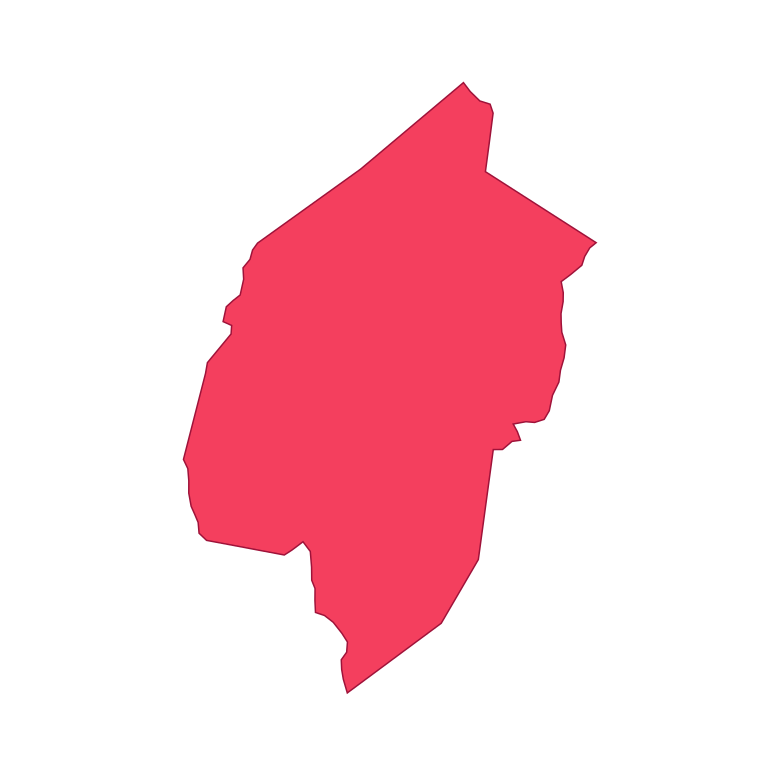 the district of Parari, Paraíba, Brazil, rotated 100°
{"feature_id": "56859067B42878136321644", "entity_name": "Parari", "entity_type": "district", "adm_level": 2, "iso_a3": "BRA", "parent_name": "Brazil", "parent_adm1": "Paraíba", "projection": "orthographic", "projection_center": [-36.658, -7.327], "detail": "fine", "context": "isolated", "style": "filled", "palette": "rose", "viewbox_px": 768, "rotation_deg": 100, "n_neighbors": 0, "source": "geoboundaries", "source_scale": "gbopen_adm2", "svg_char_len": 1090}
<svg xmlns="http://www.w3.org/2000/svg" viewBox="0 0 768 768"><g transform="rotate(100 384 384)"><path d="M694.6,366.5L609.7,286.1L540.5,260.6L429.6,265.0L427.9,255.9L418.3,248.0L415.7,239.8L407.8,244.4L401.0,249.8L396.5,237.7L395.7,229.0L391.0,220.1L381.7,216.6L365.9,216.1L351.7,212.1L339.8,212.6L327.0,211.2L314.0,211.8L302.1,217.9L293.1,220.1L283.9,221.9L271.8,221.9L263.0,223.3L252.4,227.3L243.9,219.3L232.7,209.8L223.5,208.5L214.2,205.0L208.0,199.6L157.3,321.0L128.4,322.2L98.3,323.6L90.0,328.1L88.6,338.8L81.0,349.9L73.4,358.1L176.5,444.4L267.2,533.0L274.9,536.7L284.5,537.6L294.1,543.0L305.2,540.4L321.3,541.1L327.9,547.0L335.3,552.7L350.5,553.3L352.8,544.2L361.3,543.3L393.6,561.6L404.7,561.6L493.1,568.4L501.4,562.5L513.3,559.4L525.4,557.3L537.9,552.7L545.0,547.9L552.6,543.0L563.1,540.2L568.8,531.6L569.7,452.5L563.5,445.8L553.4,436.4L561.7,427.5L577.0,423.5L589.8,421.1L597.4,416.4L609.3,414.4L620.9,411.8L622.3,402.4L627.5,392.6L636.8,382.2L644.4,375.2L654.6,374.2L663.0,378.2L672.5,376.1L681.8,372.8L694.6,366.5Z" fill="#f43f5e" stroke="#9f1239" stroke-width="1.5"/></g></svg>